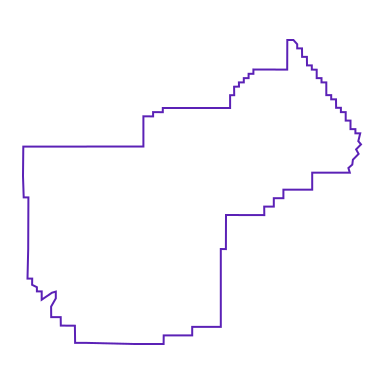 outline of Yellowstone, Montana, United States of America
{"feature_id": "52423323B50031109105153", "entity_name": "Yellowstone", "entity_type": "district", "adm_level": 2, "iso_a3": "USA", "parent_name": "United States of America", "parent_adm1": "Montana", "projection": "natural_earth1", "projection_center": [-108.061, 45.978], "detail": "fine", "context": "isolated", "style": "outline", "palette": "violet", "viewbox_px": 384, "rotation_deg": 0, "n_neighbors": 0, "source": "geoboundaries", "source_scale": "gbopen_adm2", "svg_char_len": 1248}
<svg xmlns="http://www.w3.org/2000/svg" viewBox="0 0 384 384"><path d="M297.2,44.2L293.4,40.0L287.3,40.0L287.2,69.6L253.4,69.5L253.4,73.8L248.6,73.8L248.6,78.1L243.8,78.1L243.8,82.4L238.9,82.4L239.0,86.6L234.1,86.7L234.2,95.2L230.1,95.2L230.1,108.0L162.8,108.0L162.8,112.2L153.1,112.1L153.1,116.4L143.4,116.3L143.4,146.5L56.8,146.6L23.3,146.6L23.0,176.1L23.7,197.4L28.4,197.4L28.2,248.8L27.5,278.6L32.2,278.6L32.1,284.8L36.9,287.2L36.9,291.4L41.7,291.4L41.7,299.7L52.0,292.7L55.8,291.6L55.8,298.4L51.1,306.6L51.2,317.1L60.7,317.1L60.8,325.6L74.9,325.7L75.1,342.9L87.4,342.9L133.7,344.0L163.6,344.0L163.7,335.4L192.2,335.4L192.2,326.9L220.8,326.9L220.8,279.1L220.8,249.0L225.9,249.1L226.0,215.0L264.3,215.1L264.2,206.6L273.8,206.6L273.8,198.2L283.4,198.2L283.4,189.7L312.2,189.7L312.2,172.7L349.8,172.7L348.4,168.0L352.3,164.6L352.9,159.7L358.6,153.9L356.1,149.4L361.0,144.4L358.3,141.2L360.2,133.3L355.4,133.3L355.4,129.1L350.5,129.1L350.5,120.6L345.7,120.6L345.7,112.1L340.9,112.1L340.9,107.8L336.1,107.8L336.0,99.3L331.2,99.3L331.2,95.1L326.3,95.1L326.3,82.4L321.5,82.4L321.5,78.1L316.7,78.1L316.7,69.7L311.8,69.6L311.8,65.4L307.0,65.4L306.9,56.9L302.1,56.9L302.0,48.4L297.2,48.4L297.2,44.2Z" fill="none" stroke="#5b21b6" stroke-width="2"/></svg>